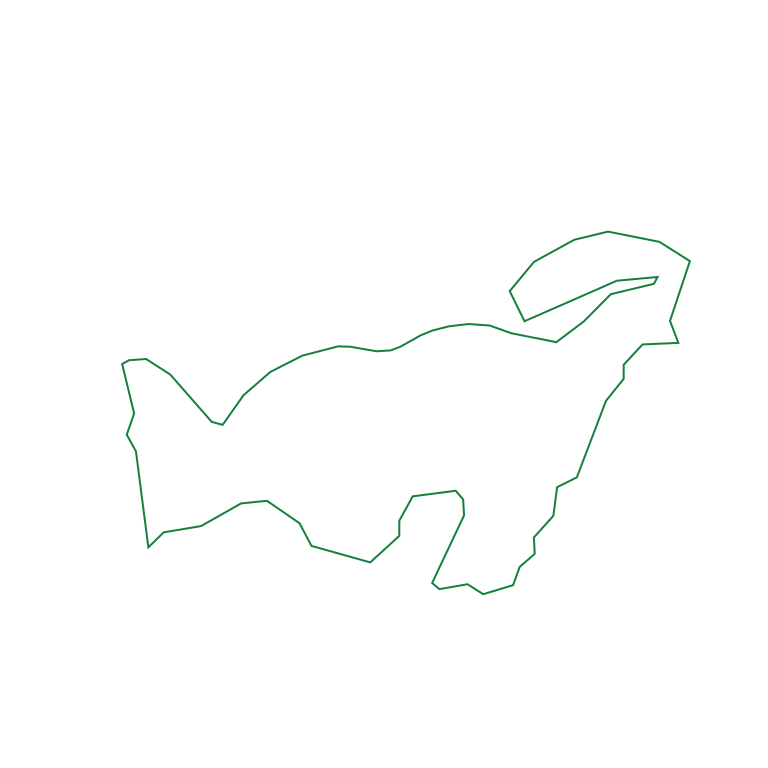 the border of Larne, rotated 298°
{"feature_id": "GBR-2095", "entity_name": "Larne", "entity_type": "District", "adm_level": 1, "iso_a3": "GBR", "parent_name": "United Kingdom", "parent_adm1": "", "projection": "natural_earth1", "projection_center": [-5.903, 54.904], "detail": "fine", "context": "isolated", "style": "outline", "palette": "green", "viewbox_px": 768, "rotation_deg": 298, "n_neighbors": 0, "source": "natural_earth", "source_scale": "10m", "svg_char_len": 1006}
<svg xmlns="http://www.w3.org/2000/svg" viewBox="0 0 768 768"><g transform="rotate(298 384 384)"><path d="M278.7,143.4L285.2,147.6L294.4,162.2L292.0,190.8L269.7,249.7L272.2,260.7L308.1,265.2L341.3,278.0L370.6,298.5L395.6,325.7L401.0,336.5L409.4,362.1L416.8,374.1L424.8,381.1L444.2,393.5L454.0,401.7L465.3,414.1L476.5,430.2L485.2,449.7L488.6,472.6L501.8,516.5L533.1,531.1L569.8,542.1L599.2,575.3L606.9,575.3L584.5,541.1L505.4,478.6L525.0,451.4L562.3,459.1L600.7,484.3L623.7,510.2L638.8,560.4L636.1,596.4L574.0,606.9L558.5,624.6L540.3,593.7L513.5,586.6L501.1,593.2L473.3,587.9L392.1,598.1L374.2,585.3L347.1,595.4L318.9,588.4L304.8,596.8L286.2,589.7L267.0,592.4L245.0,570.3L246.4,551.7L228.9,529.2L230.9,519.9L305.5,516.4L319.3,508.0L323.4,497.4L298.3,462.1L270.5,461.7L257.1,468.8L220.0,455.6L207.0,396.0L221.4,374.8L225.9,335.5L211.5,313.9L172.7,289.2L149.7,259.2L129.2,252.6L208.1,196.6L218.4,180.7L240.7,177.2L276.5,145.4L278.6,143.5L278.7,143.4Z" fill="none" stroke="#15803d" stroke-width="2"/></g></svg>